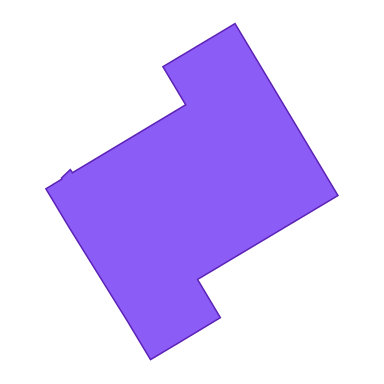 the district of Beckham, Oklahoma, United States of America, rotated 149°
{"feature_id": "52423323B70117049347271", "entity_name": "Beckham", "entity_type": "district", "adm_level": 2, "iso_a3": "USA", "parent_name": "United States of America", "parent_adm1": "Oklahoma", "projection": "equal_earth", "projection_center": [-99.609, 35.27], "detail": "fine", "context": "isolated", "style": "filled", "palette": "violet", "viewbox_px": 384, "rotation_deg": 149, "n_neighbors": 0, "source": "geoboundaries", "source_scale": "gbopen_adm2", "svg_char_len": 391}
<svg xmlns="http://www.w3.org/2000/svg" viewBox="0 0 384 384"><g transform="rotate(149 192 192)"><path d="M68.5,236.3L68.4,314.2L111.6,314.3L152.4,314.4L152.5,270.0L284.5,270.1L284.8,273.9L296.7,271.2L297.0,270.1L315.6,270.0L315.6,225.2L313.9,114.4L313.9,91.9L313.9,69.7L279.8,69.6L232.4,69.7L232.3,114.2L68.7,113.8L68.5,236.3Z" fill="#8b5cf6" stroke="#5b21b6" stroke-width="1.5"/></g></svg>